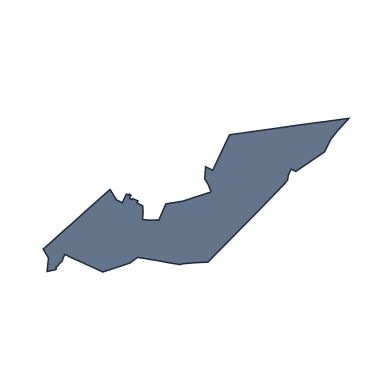 the district of El Espinal, Oaxaca, Mexico, rotated 206°
{"feature_id": "50627088B62999724223409", "entity_name": "El Espinal", "entity_type": "district", "adm_level": 2, "iso_a3": "MEX", "parent_name": "Mexico", "parent_adm1": "Oaxaca", "projection": "equal_earth", "projection_center": [-95.031, 16.463], "detail": "fine", "context": "isolated", "style": "filled", "palette": "slate", "viewbox_px": 384, "rotation_deg": 206, "n_neighbors": 0, "source": "geoboundaries", "source_scale": "gbopen_adm2", "svg_char_len": 2020}
<svg xmlns="http://www.w3.org/2000/svg" viewBox="0 0 384 384"><g transform="rotate(206 192 192)"><path d="M83.3,327.0L106.2,311.7L121.2,301.8L182.7,260.3L183.4,259.8L182.9,220.6L190.9,220.7L186.3,209.3L180.7,205.8L175.2,200.7L175.4,199.9L196.1,179.9L210.3,169.8L209.5,151.9L211.3,151.6L213.0,150.5L216.4,148.8L218.3,147.8L224.4,145.7L227.1,152.4L228.8,155.4L230.3,158.0L235.6,158.0L236.4,158.0L236.6,158.0L236.6,160.3L242.3,160.1L242.9,158.8L245.4,158.9L245.4,162.4L247.5,162.6L247.5,161.5L248.9,161.4L250.1,161.3L249.9,151.8L251.4,151.8L256.4,151.8L258.5,153.2L259.7,153.8L260.8,154.6L261.7,155.2L262.8,155.9L263.3,156.2L264.1,156.7L264.7,157.0L265.2,157.4L266.8,158.4L279.1,128.5L286.7,109.4L288.3,106.1L289.8,102.3L300.7,75.4L299.5,74.6L299.2,74.4L295.6,72.0L292.0,69.7L291.8,69.0L287.4,57.0L280.3,62.6L280.2,62.7L280.5,63.8L280.8,64.4L281.4,64.9L280.8,65.6L280.2,67.1L280.0,68.6L279.2,71.2L278.5,72.1L278.4,73.8L278.9,75.6L278.9,77.3L278.9,80.2L271.5,80.1L261.9,80.4L257.4,80.6L255.4,80.6L248.6,80.8L237.1,81.0L216.6,101.0L212.3,109.5L210.6,109.9L210.1,110.0L208.2,110.6L205.9,111.3L204.4,111.8L204.0,111.9L202.8,112.3L198.4,113.5L196.7,114.1L196.2,114.3L193.9,115.0L190.2,115.9L186.9,116.8L186.1,117.1L181.9,118.2L179.9,118.8L177.3,119.6L177.1,119.7L176.6,119.7L176.3,119.8L176.0,120.0L175.6,120.1L175.3,120.2L174.9,120.3L174.0,120.6L173.3,120.8L172.6,121.0L171.0,121.4L170.6,121.7L170.6,121.8L169.9,122.5L168.9,123.4L157.8,130.0L150.4,134.1L149.5,134.4L146.9,136.1L145.2,141.1L143.9,145.1L143.8,145.5L142.4,149.7L142.1,150.4L142.0,150.7L141.8,151.2L139.1,159.3L136.8,166.1L136.6,166.7L136.5,167.2L135.1,171.3L133.2,176.9L132.2,179.9L129.1,189.2L128.2,191.8L125.3,200.4L121.4,212.2L121.2,212.8L121.0,213.6L118.6,220.9L112.8,238.8L112.6,239.4L112.1,240.7L111.7,243.4L111.3,245.0L111.8,246.2L112.3,247.7L112.8,249.6L112.8,251.0L112.9,252.8L112.8,254.9L112.8,256.1L107.7,256.0L90.4,286.3L90.4,290.4L90.4,295.7L90.4,299.9L88.0,311.0L83.4,326.2L83.3,327.0Z" fill="#64748b" stroke="#1e293b" stroke-width="1.5"/></g></svg>